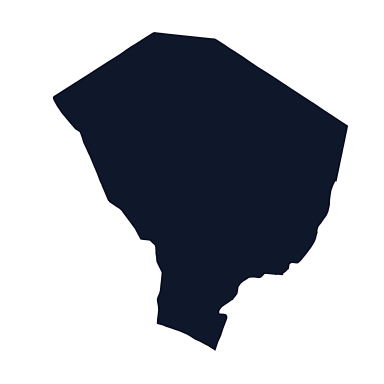 Louga, Louga, Senegal, rotated 276°
{"feature_id": "50182788B22933374767599", "entity_name": "Louga", "entity_type": "district", "adm_level": 2, "iso_a3": "SEN", "parent_name": "Senegal", "parent_adm1": "Louga", "projection": "natural_earth1", "projection_center": [-16.123, 15.776], "detail": "fine", "context": "isolated", "style": "filled", "palette": "ink", "viewbox_px": 384, "rotation_deg": 276, "n_neighbors": 0, "source": "geoboundaries", "source_scale": "gbopen_adm2", "svg_char_len": 3404}
<svg xmlns="http://www.w3.org/2000/svg" viewBox="0 0 384 384"><g transform="rotate(276 192 192)"><path d="M189.2,102.1L184.1,105.0L175.4,109.8L175.0,110.2L174.8,110.6L174.7,111.2L174.4,111.2L174.0,111.2L173.9,111.2L172.6,113.7L171.4,115.9L169.7,119.1L168.5,121.7L166.6,124.3L165.4,125.3L163.8,126.7L163.1,127.4L156.4,133.6L154.4,135.4L152.8,136.8L150.5,139.0L149.8,139.6L144.0,143.5L142.1,144.8L140.1,146.1L140.0,148.1L140.0,155.1L138.8,156.9L137.8,158.1L135.5,161.2L133.1,162.0L130.0,162.5L126.8,162.9L123.7,163.8L121.1,164.2L119.5,164.6L119.2,164.7L116.7,166.1L110.3,170.2L109.1,170.8L108.8,171.0L100.1,171.1L95.6,171.0L92.5,171.1L89.6,171.0L87.4,170.5L83.6,169.3L81.5,169.0L78.9,169.6L77.1,170.1L75.1,170.7L73.4,171.0L70.9,171.4L68.8,171.4L66.4,171.4L61.6,171.3L57.9,171.5L57.8,172.0L57.6,172.7L57.3,174.8L57.1,176.6L56.5,178.6L55.9,180.5L54.8,185.8L54.0,189.1L53.1,193.1L52.4,195.8L51.3,199.1L50.3,202.4L48.6,206.0L47.1,208.9L46.0,211.3L45.5,213.2L44.4,216.3L43.4,218.7L42.5,220.7L41.2,224.3L39.6,227.3L38.3,230.1L37.6,231.3L45.5,233.0L52.5,235.3L58.4,236.5L61.6,237.3L64.8,238.2L67.9,239.0L69.9,239.5L71.2,239.5L72.1,239.3L73.2,238.4L73.5,236.6L73.5,235.1L73.3,233.1L73.5,231.8L74.1,231.1L75.3,230.8L76.7,230.9L78.7,231.7L81.3,233.4L83.9,236.4L87.0,240.2L88.2,241.4L89.7,243.5L91.1,244.2L92.7,245.3L94.8,246.6L95.2,246.8L96.2,247.2L96.7,247.2L98.0,247.3L100.7,247.4L102.4,247.4L104.0,248.2L106.4,249.5L108.8,251.8L110.7,254.3L112.4,256.4L112.8,256.7L113.5,258.3L113.6,258.5L113.7,259.1L114.2,262.4L114.1,267.6L114.7,269.1L115.2,269.7L117.7,271.6L118.6,272.0L119.0,273.6L119.1,279.1L119.1,284.6L119.5,286.1L119.4,290.2L119.9,290.6L120.0,290.6L121.2,290.9L121.3,291.0L122.9,293.0L125.0,294.6L126.1,295.7L127.8,295.7L129.6,295.8L130.3,295.8L131.5,296.7L132.6,298.3L132.7,300.3L132.6,302.8L132.8,304.5L134.5,306.1L136.4,307.6L139.1,309.3L141.1,310.6L143.3,312.0L149.5,315.7L154.1,317.9L156.0,318.7L159.0,319.5L161.7,319.8L164.9,320.4L166.7,320.0L169.6,320.3L172.1,321.3L174.9,323.2L179.0,325.4L182.8,327.6L184.7,328.3L187.4,329.1L189.8,329.3L193.0,329.7L194.6,329.7L195.4,329.6L196.9,329.5L198.5,329.4L203.2,329.5L206.1,329.7L207.7,329.7L212.9,330.9L215.8,331.9L218.4,332.8L218.4,334.0L226.6,334.8L227.1,334.9L227.6,334.9L232.2,335.4L232.3,335.4L236.8,335.8L241.4,336.3L246.0,336.8L250.7,337.2L255.2,337.7L255.3,337.7L259.9,338.2L264.5,338.6L269.1,339.1L273.8,339.5L278.9,329.5L284.1,319.5L287.2,313.4L287.4,313.2L289.2,309.7L289.3,309.5L290.5,307.5L291.2,306.0L291.8,305.0L294.5,299.5L299.6,289.5L304.8,279.4L305.0,279.0L305.2,278.7L310.0,269.4L315.2,259.4L320.2,249.4L322.9,243.7L324.4,241.0L325.3,239.4L326.2,237.6L327.2,235.7L330.7,229.4L334.5,222.0L335.9,219.3L338.5,213.9L340.1,211.1L340.5,210.2L341.0,209.5L341.1,209.3L342.7,206.0L345.9,199.6L346.3,198.3L346.3,198.0L346.3,197.0L346.2,195.9L346.2,189.6L346.2,179.8L346.2,170.1L346.2,160.4L346.2,150.5L346.3,145.3L346.3,140.8L346.4,137.9L346.2,137.6L345.7,136.6L343.7,134.1L342.0,131.9L340.3,129.7L337.2,125.9L334.8,122.9L332.6,120.1L330.0,116.6L327.4,113.5L325.8,111.6L325.7,111.5L321.6,106.9L313.4,96.5L305.2,86.2L296.9,75.9L288.7,65.5L280.5,55.2L272.3,44.9L271.7,44.5L271.0,44.7L270.9,44.6L269.3,45.3L263.7,49.2L257.2,54.7L249.9,62.2L242.9,69.6L241.6,72.1L240.3,74.7L235.1,77.2L230.1,79.3L224.2,82.9L219.3,85.7L218.4,86.4L209.8,91.1L201.3,95.8L192.6,100.2L189.7,102.1L189.2,102.1Z" fill="#0f172a" stroke="#020617" stroke-width="1.5"/></g></svg>